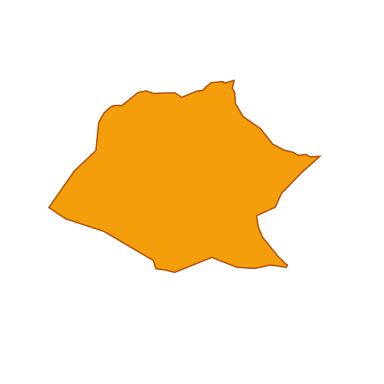 Darvi, Hovd, Mongolia (Robinson projection), rotated 143°
{"feature_id": "93677404B97988329611123", "entity_name": "Darvi", "entity_type": "district", "adm_level": 2, "iso_a3": "MNG", "parent_name": "Mongolia", "parent_adm1": "Hovd", "projection": "robinson", "projection_center": [93.606, 47.084], "detail": "fine", "context": "isolated", "style": "filled", "palette": "amber", "viewbox_px": 384, "rotation_deg": 143, "n_neighbors": 0, "source": "geoboundaries", "source_scale": "gbopen_adm2", "svg_char_len": 1737}
<svg xmlns="http://www.w3.org/2000/svg" viewBox="0 0 384 384"><g transform="rotate(143 192 192)"><path d="M286.1,213.7L264.1,160.6L267.0,152.5L260.6,146.2L254.2,138.3L215.5,127.9L206.2,112.7L201.3,104.8L188.1,93.4L173.3,86.4L172.9,86.0L172.7,85.8L171.5,84.7L170.3,83.6L162.2,75.3L161.0,75.4L160.9,75.7L160.4,76.1L159.8,76.5L160.2,77.4L160.5,78.3L160.7,79.5L160.8,81.1L160.9,82.1L161.5,85.4L161.7,86.3L161.8,87.1L162.1,88.4L162.1,88.8L162.1,91.7L162.2,93.4L162.2,94.4L162.1,95.0L162.1,95.4L162.3,96.2L162.5,99.1L162.5,100.3L162.6,105.7L163.0,113.1L162.2,116.0L161.7,117.7L161.7,118.3L160.6,122.5L159.1,126.3L154.7,134.2L134.4,129.8L129.8,132.5L121.2,137.2L115.5,137.9L92.7,141.6L75.0,143.0L70.3,143.4L68.4,143.6L76.6,149.0L78.4,153.4L85.1,157.3L87.3,162.8L93.2,169.8L98.8,181.7L99.2,201.2L105.8,221.6L104.1,236.5L98.0,246.0L97.3,250.7L91.2,255.7L100.4,259.4L100.9,261.5L110.5,267.6L116.7,267.6L122.4,266.7L127.9,269.8L143.3,273.8L145.9,281.4L156.5,289.1L163.6,293.9L167.7,300.3L175.2,303.9L195.9,303.2L196.6,303.8L196.8,303.9L197.5,304.4L197.7,304.6L197.9,304.9L198.5,305.3L199.0,305.6L199.2,305.8L199.7,306.1L200.1,306.4L200.8,306.8L201.0,306.9L201.3,307.1L201.5,307.3L201.8,307.5L202.0,307.7L202.3,307.8L202.6,307.9L202.8,308.1L203.0,308.2L203.3,308.2L203.5,308.3L204.1,308.5L204.7,308.7L205.1,308.7L205.4,308.7L206.8,308.6L207.8,308.6L209.1,308.7L209.8,308.7L210.6,308.5L211.4,308.4L212.6,308.1L213.3,308.0L213.5,308.1L214.2,308.1L214.7,308.1L215.6,307.7L216.4,307.2L219.2,306.1L219.6,306.0L219.8,305.8L220.3,305.8L220.9,305.5L221.4,305.2L222.8,304.4L223.3,304.2L223.8,304.0L224.4,303.7L224.8,303.5L243.8,282.9L273.2,279.6L315.6,265.7L309.1,246.8L286.1,213.7L286.1,213.7Z" fill="#f59e0b" stroke="#b45309" stroke-width="1.5"/></g></svg>